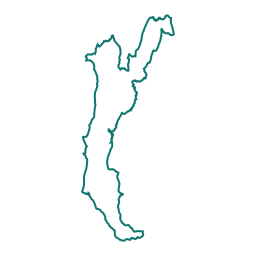 the district of Charala, Santander, Colombia
{"feature_id": "7082276B93438937234991", "entity_name": "Charala", "entity_type": "district", "adm_level": 2, "iso_a3": "COL", "parent_name": "Colombia", "parent_adm1": "Santander", "projection": "equal_earth", "projection_center": [-73.153, 6.177], "detail": "fine", "context": "isolated", "style": "outline", "palette": "teal", "viewbox_px": 256, "rotation_deg": 0, "n_neighbors": 0, "source": "geoboundaries", "source_scale": "gbopen_adm2", "svg_char_len": 5747}
<svg xmlns="http://www.w3.org/2000/svg" viewBox="0 0 256 256"><path d="M142.8,231.4L137.8,231.1L134.3,231.7L132.7,229.7L131.9,228.6L131.8,228.0L131.0,227.8L130.2,227.2L129.3,225.6L128.4,225.0L126.0,225.4L124.8,225.2L124.4,224.6L123.8,224.3L123.2,223.5L122.2,222.8L120.5,220.0L120.2,217.8L120.6,215.2L120.3,214.3L119.0,212.1L118.5,208.7L118.0,207.3L118.2,205.7L118.5,204.2L118.9,203.4L119.2,202.0L119.1,201.1L118.7,200.4L118.6,199.3L119.4,197.9L119.6,196.9L120.1,195.8L120.8,195.3L121.7,195.3L122.8,194.2L119.9,192.8L118.6,191.4L118.5,190.9L118.6,189.1L119.5,183.8L118.2,179.5L117.7,178.7L117.2,177.1L117.4,175.6L118.4,173.5L118.4,172.9L118.2,172.5L116.9,172.1L115.1,170.7L114.3,169.9L113.7,169.6L112.3,169.2L109.2,169.5L108.9,169.3L108.2,168.5L107.3,164.5L107.1,161.5L107.9,157.0L110.2,150.9L110.5,149.6L111.4,148.3L112.3,145.8L112.0,142.0L110.7,142.4L111.4,141.1L111.8,139.9L111.3,139.0L111.5,138.5L111.8,138.7L112.1,136.9L112.4,136.9L112.0,136.0L112.9,135.2L112.4,134.3L112.8,134.2L112.8,133.8L112.3,133.8L111.9,133.3L111.3,133.7L110.9,132.3L110.7,132.1L108.8,131.4L108.5,128.6L109.9,130.8L110.9,131.3L111.4,131.4L113.7,131.0L114.5,129.3L115.0,129.2L115.1,128.8L116.2,127.3L116.3,126.0L116.2,125.7L116.0,125.9L115.9,125.1L116.3,124.3L116.8,124.1L117.3,123.1L117.1,122.5L117.3,121.7L118.0,120.3L118.1,119.8L119.0,118.7L119.1,118.1L119.8,116.9L120.6,115.9L121.9,112.9L122.3,112.8L122.8,113.5L123.5,113.8L124.2,114.0L124.7,113.8L126.1,112.9L127.5,111.5L128.2,111.5L129.2,111.1L129.7,110.1L130.6,110.2L130.4,109.9L130.8,109.8L130.8,109.2L131.4,108.9L131.5,108.5L132.0,108.4L132.1,107.7L132.6,107.5L132.7,106.5L133.2,106.2L133.3,105.4L133.8,105.0L133.7,104.3L134.6,103.3L134.5,102.8L134.8,102.2L134.9,100.3L135.1,100.2L135.1,99.9L135.3,99.6L136.3,99.3L135.7,97.8L136.0,96.5L135.6,95.9L136.1,94.7L136.6,94.7L136.5,93.8L136.9,93.3L136.9,92.5L136.3,91.9L135.8,91.8L135.2,90.8L134.5,88.9L134.1,88.5L134.3,88.0L135.0,87.8L134.9,87.3L132.8,86.2L132.9,85.8L133.8,84.6L133.6,84.3L133.1,84.3L132.7,83.7L132.4,82.6L132.3,81.5L133.7,80.6L134.9,81.1L135.3,80.4L135.8,80.7L136.7,81.6L137.7,81.2L138.2,81.5L138.8,81.2L139.4,81.6L140.8,81.4L141.4,80.4L142.4,80.2L142.7,79.5L143.6,79.3L144.0,78.0L144.6,78.0L145.2,78.3L145.7,78.2L145.6,76.9L146.3,75.7L146.4,73.9L144.4,71.3L144.5,70.3L143.9,68.7L146.3,66.3L147.0,64.5L148.0,62.9L149.3,62.8L149.9,62.3L150.9,59.0L151.3,56.2L153.2,50.7L153.5,50.4L154.8,51.0L155.7,50.9L156.2,50.4L158.2,46.8L158.6,44.5L160.0,41.6L160.5,39.4L160.8,37.5L161.4,35.8L161.2,34.9L161.7,32.1L161.3,30.5L161.4,29.2L161.7,29.0L162.0,29.2L162.1,30.8L162.4,30.9L162.7,30.6L163.0,30.7L163.8,32.4L165.0,32.8L166.0,33.4L166.7,33.5L167.6,33.1L168.1,33.1L170.7,35.0L171.8,35.2L172.8,35.0L173.9,34.1L172.2,26.9L170.8,22.4L170.8,20.1L171.1,18.0L169.7,17.6L167.7,15.5L166.7,15.4L166.2,15.9L165.4,16.1L165.1,17.6L163.5,19.3L162.6,19.4L161.9,19.0L160.9,19.1L160.3,18.8L159.9,17.8L159.0,17.8L158.4,18.6L158.4,19.1L158.0,19.8L157.6,19.5L156.8,19.5L156.8,20.0L156.2,20.7L156.0,20.8L155.5,20.1L155.1,20.2L155.0,19.6L154.1,19.4L153.6,18.6L153.7,17.8L153.3,17.8L153.0,17.2L152.5,17.1L151.8,17.8L150.1,17.6L148.6,19.5L147.5,21.5L144.4,28.4L143.8,30.5L142.6,33.0L141.6,37.7L141.4,40.2L140.2,43.6L139.9,45.3L138.3,48.6L137.7,49.3L136.5,50.1L136.0,50.8L135.7,52.0L135.4,56.3L134.2,56.0L133.1,56.7L132.3,56.7L131.4,55.9L130.3,55.5L129.7,54.3L129.2,54.2L127.8,58.3L128.8,58.7L128.9,59.6L128.8,62.4L128.1,63.9L128.0,65.1L128.2,65.6L128.1,66.4L128.5,67.1L128.3,67.9L128.6,70.2L128.2,70.8L127.4,70.7L125.8,69.8L124.5,68.3L123.7,68.8L121.9,68.1L120.4,69.6L120.2,69.3L120.3,68.8L118.7,67.6L118.4,66.2L118.5,65.0L119.5,63.1L119.3,61.8L119.9,59.5L119.3,58.3L119.4,57.0L119.9,55.8L120.0,54.8L120.7,53.8L120.5,52.6L120.5,51.5L120.3,50.7L120.5,49.3L120.0,48.6L119.6,46.3L118.5,45.8L118.1,45.0L114.4,40.7L114.1,38.9L113.3,37.4L113.1,35.6L112.3,35.6L112.0,35.8L111.7,36.2L111.7,37.1L111.3,38.2L110.5,39.1L109.8,39.3L109.4,40.4L109.1,40.7L108.8,40.5L108.5,41.0L108.1,41.2L107.2,41.0L106.6,41.2L105.7,40.7L104.5,41.4L104.0,41.2L103.8,42.2L103.5,42.6L102.2,43.5L101.4,45.0L100.9,45.2L99.6,46.6L99.2,46.5L97.6,44.3L96.3,48.1L95.7,49.1L95.8,51.7L95.1,53.5L94.8,53.1L94.3,53.2L91.4,54.7L90.9,54.4L89.3,54.6L88.6,54.3L87.7,54.5L86.8,55.1L85.7,56.6L85.8,56.9L86.6,57.4L86.8,57.9L86.2,60.5L86.9,60.5L87.5,60.2L89.2,60.2L90.1,60.5L91.8,61.4L93.5,63.6L94.1,65.6L94.3,67.4L94.0,69.2L95.3,71.5L97.3,76.6L97.2,79.0L97.5,80.0L97.6,81.5L97.0,84.0L97.4,85.9L95.8,90.8L95.1,91.9L94.9,93.1L94.8,97.7L95.1,100.2L94.8,102.7L95.3,103.8L95.5,104.5L94.8,107.9L94.6,110.9L94.2,113.3L94.2,116.7L93.8,117.5L91.9,119.7L90.7,123.5L89.2,125.2L89.3,126.0L89.7,127.0L89.7,128.0L88.1,133.5L87.6,134.7L86.5,136.4L85.6,137.0L83.4,136.8L83.1,137.1L83.1,138.6L86.0,145.3L86.9,146.5L86.0,147.5L85.5,149.6L85.3,149.8L85.5,152.1L85.2,153.6L84.5,153.9L83.6,153.5L83.4,153.8L85.4,155.8L86.1,158.1L87.0,158.9L87.2,159.4L87.2,161.3L86.9,164.7L86.2,169.1L84.6,174.0L84.0,177.6L84.1,181.1L83.9,185.9L82.1,191.8L83.7,192.9L85.2,193.4L85.9,193.9L86.4,193.6L87.2,194.2L87.6,194.2L88.1,193.7L88.3,192.8L88.7,193.1L89.4,194.1L89.3,195.5L89.5,196.0L90.4,197.0L91.5,199.0L93.0,200.4L93.8,201.8L95.3,205.5L96.0,208.1L96.9,208.9L97.8,208.9L100.1,209.8L101.4,211.6L103.6,213.4L103.6,213.9L104.4,215.0L105.4,217.5L105.2,218.9L105.3,219.5L106.3,220.8L107.0,222.4L108.4,223.8L109.0,225.2L110.5,227.0L114.8,230.6L114.8,233.9L115.2,236.0L116.4,237.5L118.5,238.6L119.6,239.7L120.8,239.8L122.0,240.6L124.4,240.6L124.8,240.5L125.3,239.8L126.9,239.1L128.1,239.1L129.0,239.7L130.2,239.8L131.2,238.2L131.6,237.8L131.9,237.8L132.5,238.4L133.7,238.4L135.4,239.1L136.5,238.5L137.5,237.1L137.9,237.1L138.8,237.9L139.9,237.9L141.9,236.6L142.8,235.8L143.2,235.0L143.2,234.2L142.7,233.4L142.8,231.4Z" fill="none" stroke="#0f766e" stroke-width="2"/></svg>